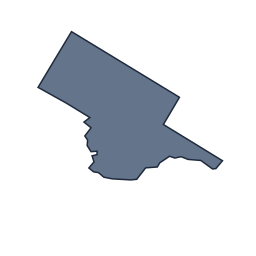 Schuyler, Illinois, United States of America (Equal Earth projection), rotated 30°
{"feature_id": "52423323B64731039190901", "entity_name": "Schuyler", "entity_type": "district", "adm_level": 2, "iso_a3": "USA", "parent_name": "United States of America", "parent_adm1": "Illinois", "projection": "equal_earth", "projection_center": [-90.531, 40.132], "detail": "fine", "context": "isolated", "style": "filled", "palette": "slate", "viewbox_px": 256, "rotation_deg": 30, "n_neighbors": 0, "source": "geoboundaries", "source_scale": "gbopen_adm2", "svg_char_len": 591}
<svg xmlns="http://www.w3.org/2000/svg" viewBox="0 0 256 256"><g transform="rotate(30 128 128)"><path d="M183.6,130.6L188.3,126.3L195.7,125.2L207.3,119.7L221.7,121.2L224.4,119.2L226.2,109.1L156.9,107.3L157.2,75.7L30.9,72.8L30.3,105.8L29.8,137.8L62.1,137.3L89.7,138.0L86.9,144.9L95.9,146.3L94.6,156.5L99.0,158.6L101.4,163.6L107.8,167.0L112.8,163.6L114.5,166.5L110.8,170.1L115.5,174.3L114.1,182.2L120.0,183.2L124.8,181.4L131.6,182.7L139.8,179.9L156.3,171.6L161.2,168.1L163.2,153.7L172.9,147.1L172.9,142.3L178.1,131.7L183.6,130.6Z" fill="#64748b" stroke="#1e293b" stroke-width="1.5"/></g></svg>